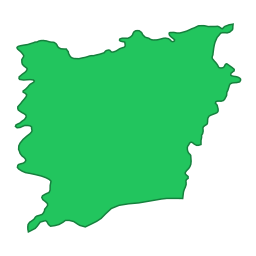 outline of Drahichyn, Brest, Belarus
{"feature_id": "67162791B13228782215285", "entity_name": "Drahichyn", "entity_type": "district", "adm_level": 2, "iso_a3": "BLR", "parent_name": "Belarus", "parent_adm1": "Brest", "projection": "robinson", "projection_center": [25.082, 52.14], "detail": "fine", "context": "isolated", "style": "filled", "palette": "green", "viewbox_px": 256, "rotation_deg": 0, "n_neighbors": 0, "source": "geoboundaries", "source_scale": "gbopen_adm2", "svg_char_len": 4996}
<svg xmlns="http://www.w3.org/2000/svg" viewBox="0 0 256 256"><path d="M44.5,40.7L43.4,40.5L40.9,40.6L38.7,41.1L37.1,42.0L35.0,42.1L33.6,42.7L30.0,43.8L27.9,44.5L23.9,45.1L20.6,45.7L18.2,46.4L17.0,47.4L17.2,48.4L17.6,49.0L18.9,50.2L20.6,51.6L21.7,52.8L22.9,54.3L23.7,55.6L23.5,57.0L22.6,58.2L21.8,59.7L21.9,62.4L22.3,64.1L23.6,65.7L24.9,66.7L26.6,68.0L27.2,68.8L26.9,69.8L26.2,71.1L25.0,72.3L22.2,74.3L20.6,75.7L19.2,76.8L19.0,78.5L19.6,79.4L23.6,80.0L26.3,79.8L29.7,79.6L31.3,79.7L33.4,80.0L34.3,81.0L33.7,82.2L32.2,83.1L30.3,84.2L29.0,85.5L27.8,87.0L25.7,89.1L24.4,90.1L23.1,91.0L23.1,92.1L23.9,92.6L25.1,93.2L26.6,94.7L26.3,96.4L25.5,97.5L24.3,99.1L22.1,101.6L20.8,103.4L19.1,105.3L17.8,106.8L17.8,108.6L18.3,110.0L20.3,111.5L22.2,112.7L24.3,113.8L25.9,115.1L26.2,116.9L24.5,119.5L22.0,121.2L19.8,123.1L17.9,123.9L16.0,124.9L15.4,126.4L17.1,127.8L20.3,127.4L22.2,126.5L24.7,125.5L27.9,125.5L30.3,125.9L31.6,127.0L31.6,128.6L32.0,130.5L31.7,131.7L30.1,133.6L26.6,136.3L23.1,139.4L20.1,143.1L18.8,145.9L18.6,149.4L19.4,151.2L20.1,153.4L21.3,155.0L22.2,156.1L23.9,157.3L25.3,158.8L25.8,160.4L24.9,162.0L23.4,163.1L20.4,163.9L18.6,164.5L17.8,165.4L17.4,167.4L18.7,169.0L22.0,171.1L25.5,172.6L30.5,173.5L35.6,174.6L41.6,176.1L46.2,177.8L49.4,179.5L51.0,181.2L50.8,182.4L50.2,185.3L50.1,190.2L49.0,192.5L46.4,193.6L45.0,194.3L42.5,195.8L41.8,197.5L42.8,199.6L45.3,201.5L47.5,203.6L47.6,205.5L46.4,207.2L44.7,209.2L44.4,211.1L43.2,213.2L42.1,214.4L39.5,215.3L36.7,216.1L35.4,217.1L34.0,219.2L31.2,221.3L29.7,222.2L28.1,224.5L27.8,226.8L27.9,229.4L28.4,231.9L30.2,231.0L35.2,228.4L37.2,226.2L40.2,222.1L45.5,220.6L46.9,221.7L48.5,224.5L50.5,226.2L54.9,225.6L59.0,224.5L62.9,222.3L65.4,220.4L69.3,220.4L73.7,221.5L77.6,224.1L79.8,225.4L85.3,226.9L91.1,224.1L96.7,221.3L101.1,218.4L105.5,213.9L111.3,208.5L119.1,205.3L128.5,203.8L138.7,202.9L150.4,200.9L161.4,199.0L166.7,198.4L178.0,198.4L182.7,198.5L183.1,195.0L183.5,191.9L184.3,189.3L185.2,187.4L186.1,184.7L186.1,182.7L185.9,180.9L186.5,179.5L188.1,178.4L188.1,176.5L186.3,175.0L185.3,173.7L185.2,172.7L186.4,170.8L187.9,169.3L188.9,168.2L189.9,166.6L190.8,164.3L191.1,161.3L190.9,158.2L190.7,155.4L190.1,154.5L188.9,153.4L187.8,151.5L187.4,149.7L187.3,147.5L187.9,145.8L188.8,144.7L189.5,143.2L190.7,142.3L191.6,142.2L192.7,142.8L194.0,143.9L196.5,145.3L198.5,145.3L201.0,144.5L201.0,143.5L201.0,140.4L201.6,137.4L201.6,135.1L202.6,133.7L203.1,131.4L203.1,130.1L202.9,128.0L203.4,126.8L204.8,125.6L206.6,124.5L207.3,123.7L207.6,121.6L207.6,120.4L207.8,118.3L208.4,117.2L209.2,116.0L211.0,115.1L214.1,113.9L215.7,113.3L217.0,112.6L217.8,111.7L218.1,110.9L218.1,109.0L217.7,107.5L217.2,105.3L216.5,104.3L215.4,103.3L215.9,101.7L217.5,101.1L219.3,101.1L221.1,101.2L223.4,100.5L224.6,99.3L226.6,95.5L226.7,94.1L226.8,92.4L227.8,90.4L228.7,87.6L229.5,85.0L230.3,83.8L232.4,82.9L234.7,82.7L236.7,82.6L239.6,81.9L240.5,80.5L240.6,79.2L239.9,78.3L238.5,77.4L237.2,76.9L236.0,76.6L233.6,76.3L231.7,75.8L230.8,75.2L230.8,74.0L231.1,73.1L232.2,72.4L233.1,71.5L234.1,70.9L234.2,69.3L232.2,67.6L230.8,66.6L229.1,65.4L227.0,63.9L226.3,63.8L225.4,64.4L225.0,65.1L224.7,65.8L224.2,66.7L223.3,67.5L222.5,67.8L220.9,68.0L219.2,67.7L218.5,67.0L217.7,65.3L216.6,63.7L215.5,62.3L214.4,61.2L213.4,59.9L212.5,58.9L212.1,57.5L212.4,56.1L212.9,54.8L213.0,53.5L213.4,50.5L213.7,48.1L214.3,44.9L215.0,42.3L215.7,40.6L217.1,37.4L219.1,35.1L220.6,33.2L222.2,32.7L225.1,32.7L227.1,32.9L229.7,32.1L230.9,31.1L232.5,29.7L232.8,28.2L232.8,26.7L233.1,24.1L231.6,24.4L229.0,24.8L227.6,25.4L225.1,26.3L223.5,27.5L222.6,28.7L221.8,28.6L220.9,28.1L219.2,26.9L217.7,26.3L216.2,26.4L215.1,26.5L213.9,26.5L212.0,26.5L210.3,26.5L208.5,26.6L207.0,26.3L205.8,26.0L204.0,25.7L201.1,25.7L198.5,25.8L197.0,26.5L194.4,27.8L191.9,28.7L189.6,29.8L186.9,31.0L184.7,31.7L182.2,32.4L179.8,33.0L176.8,33.0L175.0,32.6L173.2,32.4L171.9,32.5L170.4,32.5L169.4,32.7L169.1,33.7L169.4,35.0L170.5,36.4L172.2,37.8L173.0,38.4L174.6,39.8L174.4,40.9L173.5,41.5L172.5,41.7L171.4,41.3L170.2,39.9L168.5,38.7L165.4,38.1L163.3,38.3L160.4,39.1L158.8,39.5L156.8,39.9L153.4,40.0L151.8,39.8L150.2,39.2L149.1,38.4L148.0,38.0L146.4,37.6L144.9,37.0L143.8,35.8L142.6,34.6L141.9,33.0L141.1,32.1L139.1,30.7L137.1,30.6L135.6,30.8L134.3,31.6L133.7,32.2L133.0,33.6L132.4,35.1L131.7,35.9L130.6,36.9L129.3,37.6L127.8,38.3L125.3,38.2L122.4,38.2L121.1,38.5L119.7,39.1L119.5,40.2L120.2,41.0L122.3,41.6L123.7,41.8L124.7,42.1L124.9,42.9L125.1,44.3L125.2,45.5L125.0,46.4L124.3,47.2L122.9,47.6L121.1,48.2L120.0,48.6L118.8,49.3L117.6,50.1L115.7,51.2L113.3,52.0L112.1,52.1L111.3,51.9L110.4,51.0L109.8,50.3L108.7,50.0L106.8,50.4L105.6,51.0L104.1,52.8L101.9,53.5L100.4,54.0L98.9,54.4L97.0,54.8L95.4,55.2L93.6,55.7L91.3,55.7L89.5,56.0L87.5,56.7L85.1,57.4L82.4,57.9L78.9,58.7L76.5,58.6L73.9,58.5L72.1,57.9L70.7,57.0L69.7,55.6L68.6,53.5L68.2,51.6L67.0,50.1L66.3,49.0L64.0,49.0L61.0,48.8L58.9,47.8L57.6,46.5L56.9,44.9L56.1,43.8L54.3,42.5L53.0,42.2L51.6,42.2L49.7,41.9L46.3,40.9L44.5,40.7Z" fill="#22c55e" stroke="#15803d" stroke-width="1.5"/></svg>